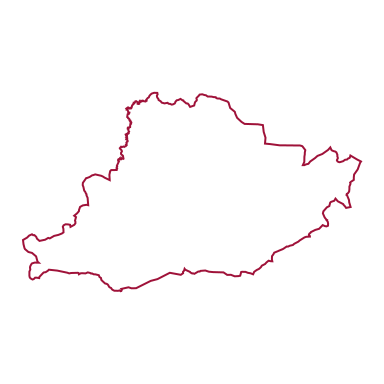 Upper West Akim, Eastern, Ghana (Mercator projection)
{"feature_id": "2480657B98999442599484", "entity_name": "Upper West Akim", "entity_type": "district", "adm_level": 2, "iso_a3": "GHA", "parent_name": "Ghana", "parent_adm1": "Eastern", "projection": "mercator", "projection_center": [-0.558, 5.807], "detail": "fine", "context": "isolated", "style": "outline", "palette": "rose", "viewbox_px": 384, "rotation_deg": 0, "n_neighbors": 0, "source": "geoboundaries", "source_scale": "gbopen_adm2", "svg_char_len": 5997}
<svg xmlns="http://www.w3.org/2000/svg" viewBox="0 0 384 384"><path d="M121.3,291.0L121.9,289.6L121.4,288.9L128.5,287.3L131.5,288.3L136.1,288.2L150.7,280.9L157.5,279.1L169.8,272.8L180.8,274.8L183.1,273.2L183.0,271.9L184.1,270.6L184.6,268.8L185.4,269.8L190.0,271.9L190.4,272.5L192.2,273.5L192.9,273.3L194.4,273.8L198.3,271.5L199.8,271.5L200.4,270.9L205.3,270.5L208.9,271.7L213.2,272.1L223.5,272.4L227.2,274.9L230.9,274.8L234.7,276.3L238.5,276.1L240.2,275.7L241.2,272.0L242.1,271.8L245.6,271.9L247.8,272.8L250.6,273.3L253.1,274.3L254.2,271.8L256.7,270.0L259.0,268.9L260.9,267.2L261.8,265.7L265.1,264.0L266.4,262.5L268.6,260.7L270.6,261.2L272.3,261.3L271.9,259.4L272.0,256.2L273.4,254.3L274.2,252.7L283.2,248.9L286.7,246.5L288.0,246.6L289.9,245.7L292.9,245.0L294.2,243.8L298.4,241.6L299.6,240.5L304.5,237.4L306.2,236.8L309.9,236.6L309.8,235.9L308.9,235.0L308.9,234.6L309.4,233.6L310.6,232.7L310.9,232.1L315.3,229.9L319.1,228.8L322.7,225.1L324.9,226.1L326.5,226.4L328.0,225.7L328.1,223.5L327.7,221.6L327.0,220.7L327.1,220.1L326.4,220.0L326.2,219.4L324.7,217.5L322.9,213.4L323.4,211.3L326.9,207.3L329.3,206.1L330.2,202.6L331.0,201.9L334.2,200.8L335.5,198.6L337.8,201.3L343.2,204.1L343.4,204.6L345.2,206.6L346.1,207.9L350.6,207.0L349.2,202.3L349.0,200.0L347.1,195.4L346.5,195.0L346.8,193.9L347.8,193.4L349.1,191.6L349.4,189.2L349.4,186.6L350.5,183.8L350.1,182.6L350.8,181.9L353.8,179.9L353.8,177.4L354.1,174.5L357.7,169.4L360.1,162.8L361.0,161.5L357.1,159.5L350.4,155.5L349.8,157.7L349.2,158.1L348.2,158.4L347.1,159.5L345.0,159.8L343.1,161.2L340.1,162.1L339.3,162.2L338.4,161.9L337.5,161.4L336.9,160.3L337.1,159.6L337.8,158.4L337.8,157.7L337.3,156.2L337.4,154.9L336.4,152.4L335.4,151.6L333.5,151.1L331.9,150.4L331.4,149.9L330.3,147.4L328.1,149.9L322.3,154.0L317.5,155.9L315.0,158.1L310.2,161.5L308.4,163.8L305.9,164.4L304.5,165.1L302.9,165.1L304.3,161.9L304.4,156.7L304.8,154.2L304.8,152.7L305.3,150.1L302.5,146.4L301.9,146.0L300.0,145.5L279.5,145.3L270.3,144.1L265.0,143.6L265.5,137.7L263.7,131.9L262.9,125.1L257.9,124.3L244.6,123.9L241.5,121.9L237.1,117.8L235.4,114.0L234.8,111.8L230.2,108.0L228.5,102.5L227.4,101.5L221.1,99.3L219.7,98.5L217.7,98.5L216.8,98.3L215.9,97.7L215.7,97.2L213.6,97.1L211.6,96.6L207.6,96.5L206.0,95.3L204.3,95.0L202.3,94.3L199.6,94.6L198.9,95.6L196.5,98.0L196.4,98.5L196.8,99.6L196.7,100.5L195.3,101.8L194.8,102.9L194.2,105.5L190.1,106.9L188.5,104.3L187.7,103.5L186.3,103.4L183.5,101.0L183.3,100.4L182.5,100.3L180.5,98.9L178.3,100.0L176.7,100.3L175.4,101.8L175.2,102.7L174.7,103.5L172.9,104.4L171.6,104.6L170.2,103.9L169.2,103.9L168.4,103.6L167.6,102.8L164.5,103.4L161.7,102.6L160.7,101.3L158.6,100.0L158.3,98.8L157.5,97.9L157.0,96.8L156.9,95.6L157.6,94.4L157.3,92.9L154.1,92.8L151.7,93.6L150.6,94.5L149.4,95.9L148.8,97.4L147.7,98.0L146.6,99.4L146.6,100.1L146.2,99.9L146.0,100.2L146.4,100.8L145.6,101.5L143.7,101.2L143.3,100.8L142.8,101.0L142.2,100.6L141.8,100.8L141.7,101.4L141.2,101.6L141.1,101.2L140.7,101.2L140.2,101.9L140.0,101.7L140.1,101.1L139.9,100.8L139.7,101.0L139.2,102.6L139.2,103.8L138.7,104.0L137.6,103.8L137.5,102.5L137.7,102.2L137.1,101.9L136.3,101.2L135.4,101.3L134.9,102.4L134.0,102.6L134.3,103.2L134.0,103.5L133.5,103.4L133.2,103.9L133.3,104.3L132.1,105.4L131.8,107.0L131.1,107.5L131.4,108.0L131.2,108.3L130.6,108.1L130.3,108.5L129.8,108.6L129.2,108.1L128.7,108.3L128.9,107.8L128.6,107.6L128.2,108.1L127.9,108.0L128.0,107.6L127.8,107.5L126.4,108.5L127.1,109.1L126.7,109.7L127.5,110.0L127.7,110.3L128.2,111.6L128.2,112.4L129.4,112.6L129.3,113.1L128.8,113.5L128.8,113.9L127.6,114.3L127.2,117.0L127.8,117.3L128.1,118.2L128.6,118.3L129.3,119.0L129.3,119.9L130.3,120.4L130.6,121.3L131.0,121.9L130.5,122.0L131.0,122.6L131.1,123.2L130.6,123.5L130.9,124.0L130.2,124.8L130.1,127.1L129.2,127.3L129.2,127.7L128.6,128.1L127.9,127.7L127.7,128.0L127.7,128.9L128.4,129.3L128.4,130.8L129.1,131.6L128.7,132.3L128.7,133.1L128.0,133.1L127.9,133.7L127.4,133.6L127.2,134.0L126.5,134.0L126.4,134.4L125.7,134.6L125.9,135.1L127.0,135.3L127.0,135.5L126.4,136.2L127.1,136.9L127.1,137.1L126.2,137.8L126.8,138.4L126.5,139.0L127.2,138.9L127.2,140.2L127.7,140.9L127.6,141.5L126.9,141.9L126.4,142.6L126.7,143.8L126.0,144.6L126.6,145.2L125.6,146.3L124.9,146.4L124.2,146.9L123.6,146.5L121.8,147.1L121.1,146.7L119.8,148.2L120.2,148.9L121.3,149.9L121.6,150.7L121.9,151.0L121.9,151.5L121.0,152.9L121.0,153.4L121.2,154.3L122.9,155.7L123.5,158.7L123.2,158.9L122.5,158.5L121.7,158.7L121.3,158.2L121.2,158.9L120.2,158.4L120.2,159.2L119.0,159.0L118.2,159.5L118.1,160.7L119.0,161.2L116.9,165.7L117.2,166.4L116.7,167.1L116.6,167.6L117.2,168.3L117.1,168.7L116.6,168.7L116.6,170.0L111.2,170.1L110.2,171.1L109.4,174.8L109.7,180.1L104.5,177.6L103.2,176.7L101.3,175.8L95.2,174.4L93.3,175.1L92.2,175.3L89.6,177.0L87.0,178.0L86.2,178.1L82.9,182.8L82.7,185.1L83.4,186.9L84.2,190.6L85.2,191.8L86.0,193.7L86.5,194.2L86.5,195.4L87.6,197.8L88.2,205.2L86.5,204.8L82.8,205.4L80.1,206.9L79.0,210.0L78.9,211.2L77.1,213.3L74.2,215.7L76.0,217.1L75.0,220.7L75.4,221.7L75.4,223.3L74.3,224.8L70.5,226.9L70.1,224.8L68.0,224.4L65.5,224.3L63.6,225.3L62.8,226.8L63.4,228.9L63.5,232.4L61.9,233.5L58.4,234.9L54.1,235.9L49.8,238.4L48.2,237.9L45.2,239.7L39.5,240.9L37.0,238.7L36.2,236.8L34.4,235.1L33.2,235.2L32.0,234.3L29.1,235.6L27.1,237.6L23.0,240.0L23.5,244.2L24.5,248.1L25.0,249.1L28.4,252.0L32.0,252.9L36.1,256.4L37.5,261.6L38.7,262.7L34.7,262.6L32.0,263.4L31.2,264.4L30.2,266.4L30.0,267.7L30.3,269.5L29.4,271.6L29.4,275.9L29.8,277.5L30.6,278.4L32.5,279.5L33.7,279.1L35.1,277.7L36.8,277.7L39.2,278.1L39.4,276.9L43.3,272.8L43.9,272.4L45.6,272.2L47.8,270.8L48.9,269.7L57.3,270.6L67.3,272.7L69.2,273.4L71.1,273.0L77.9,272.8L78.5,273.0L78.9,274.3L80.7,273.3L82.0,273.2L85.5,273.4L87.8,272.4L90.2,273.0L91.1,273.6L91.9,273.4L93.7,274.3L95.1,274.3L98.8,275.2L99.5,277.0L101.0,278.0L101.3,279.8L102.2,280.8L105.1,283.5L106.6,283.8L107.6,284.4L108.4,285.4L109.0,286.7L109.8,287.4L111.1,288.0L112.0,289.4L113.1,290.1L114.3,290.7L118.1,290.8L119.7,290.4L120.5,291.2L121.3,291.0Z" fill="none" stroke="#9f1239" stroke-width="2"/></svg>